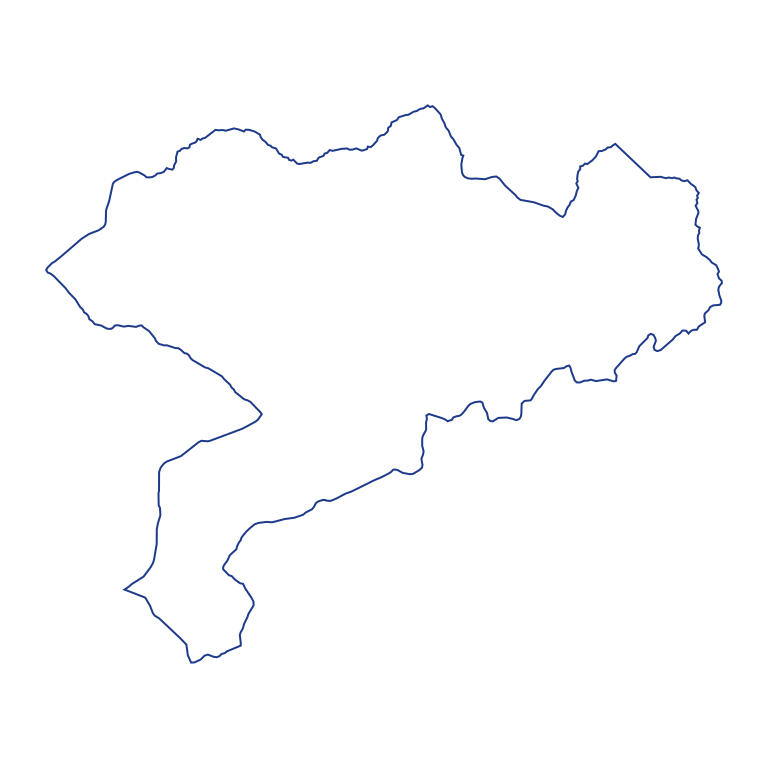 Matungu, Western, Kenya (orthographic projection)
{"feature_id": "3690345B16104785008484", "entity_name": "Matungu", "entity_type": "district", "adm_level": 2, "iso_a3": "KEN", "parent_name": "Kenya", "parent_adm1": "Western", "projection": "orthographic", "projection_center": [34.459, 0.384], "detail": "fine", "context": "isolated", "style": "outline", "palette": "blue", "viewbox_px": 768, "rotation_deg": 0, "n_neighbors": 0, "source": "geoboundaries", "source_scale": "gbopen_adm2", "svg_char_len": 6105}
<svg xmlns="http://www.w3.org/2000/svg" viewBox="0 0 768 768"><path d="M177.5,151.7L176.0,157.5L176.2,161.3L174.0,165.7L173.9,167.8L172.4,169.6L169.8,169.2L166.7,168.1L163.8,171.9L160.3,173.2L157.3,173.5L155.3,175.5L152.1,177.1L148.8,177.4L146.5,177.3L144.6,175.5L139.7,172.7L137.1,171.8L134.1,172.4L129.1,173.9L117.3,179.8L114.4,181.7L112.9,183.7L109.2,200.9L106.4,209.1L106.0,211.1L105.8,221.4L105.2,224.5L103.6,226.9L98.6,230.3L89.2,233.9L81.7,238.7L62.0,255.7L54.7,261.6L52.3,262.9L47.9,267.2L46.1,270.0L47.8,272.6L50.5,273.6L54.1,276.4L65.6,288.2L69.0,292.8L75.2,299.1L80.2,307.1L82.7,309.3L84.1,312.3L86.7,314.0L88.4,316.1L89.3,319.1L92.4,321.3L94.8,324.2L101.0,325.5L106.7,328.5L108.8,328.9L111.5,328.7L113.3,327.4L114.7,325.6L117.7,325.2L123.9,326.6L128.7,325.9L136.0,326.9L139.2,325.7L141.6,325.4L143.5,327.3L149.2,331.2L154.8,338.2L156.1,341.1L158.7,343.8L164.2,345.4L166.9,345.3L175.5,348.1L178.3,348.2L180.8,349.8L184.5,353.2L186.6,353.5L188.9,355.2L190.5,358.1L192.6,360.1L205.0,367.4L208.4,368.3L221.9,376.3L224.0,379.0L230.0,384.6L231.6,387.5L233.9,389.6L235.2,392.1L244.2,399.3L247.4,400.3L250.3,401.8L260.4,412.2L261.8,414.2L258.0,419.6L255.4,421.7L242.4,428.7L210.0,440.8L207.8,441.3L201.4,440.8L198.5,442.3L180.8,456.2L166.9,461.5L164.2,463.3L162.4,465.4L160.6,467.8L159.1,472.0L159.0,490.9L158.5,493.4L158.7,505.4L160.0,508.0L160.4,515.3L158.0,523.0L156.8,529.1L156.7,544.0L154.0,559.9L152.9,563.2L150.6,567.3L143.6,576.6L131.6,584.2L128.8,586.7L124.5,589.6L145.2,597.6L150.0,605.6L152.8,613.0L154.8,615.7L159.2,618.4L179.9,637.9L186.4,644.6L187.8,655.1L191.1,662.6L194.4,662.4L200.6,659.6L204.5,655.7L207.8,654.6L214.0,656.9L216.6,657.2L219.4,656.2L221.4,654.1L224.8,653.1L226.8,651.4L240.7,645.6L240.8,643.1L239.8,635.1L240.7,632.2L242.6,629.1L244.3,623.4L247.3,617.4L248.5,613.8L253.6,605.4L253.5,601.7L251.6,598.0L245.4,588.7L243.1,583.9L240.0,583.2L235.2,579.8L231.7,576.1L228.9,575.2L223.1,569.2L223.2,567.0L224.1,565.1L227.5,560.4L229.8,555.2L236.4,549.2L237.1,546.2L239.1,542.2L240.6,540.4L241.4,537.8L242.9,535.7L246.5,531.4L250.8,527.4L255.0,524.1L258.6,522.9L266.5,521.9L272.2,522.3L284.9,519.0L294.1,517.8L303.0,514.8L305.7,512.5L311.8,509.4L313.7,507.3L316.0,503.0L318.1,501.5L322.6,500.0L324.9,500.0L327.0,500.7L330.6,500.9L336.5,498.5L345.3,493.7L351.5,491.5L374.1,480.3L381.0,477.4L388.9,473.4L391.0,472.0L393.2,469.7L395.9,469.6L398.1,470.3L402.7,472.9L410.0,474.2L412.7,474.0L419.1,470.3L421.9,467.8L422.5,465.1L421.4,458.8L423.1,454.4L423.6,451.2L422.2,445.8L422.2,438.7L423.0,435.5L425.7,430.8L426.2,428.4L426.0,423.0L426.9,418.7L426.4,415.5L428.9,414.0L441.4,417.9L445.2,419.5L447.6,421.2L451.8,419.9L453.4,417.4L456.5,416.3L459.4,415.8L461.2,414.7L463.6,412.2L468.7,405.4L470.6,403.9L474.8,402.2L480.1,401.5L482.3,402.5L484.0,408.0L487.0,412.9L488.3,419.2L490.4,421.0L492.7,421.4L498.3,417.9L506.7,417.5L513.0,419.0L516.1,420.2L519.3,419.0L520.7,417.0L521.3,414.3L521.7,403.5L524.6,400.9L530.5,400.4L531.9,398.7L533.6,395.4L537.8,389.2L541.0,386.0L544.2,381.1L551.6,371.6L553.5,369.8L555.8,369.0L564.0,368.0L566.6,366.2L569.3,365.6L570.7,368.4L571.3,371.2L574.8,380.5L576.8,382.4L579.8,382.5L584.3,380.7L587.9,380.6L590.9,379.7L596.0,381.1L607.0,379.4L613.8,381.4L616.1,380.8L616.6,375.6L614.8,372.7L614.6,370.2L616.1,368.0L624.8,358.2L626.8,356.7L629.7,355.8L632.8,354.1L635.1,353.9L636.7,352.2L639.3,346.2L647.5,338.0L648.3,335.4L650.7,333.9L653.4,334.8L655.3,338.2L655.9,340.9L653.6,346.9L654.6,349.9L657.3,351.1L660.6,350.1L672.6,339.7L675.5,336.1L680.1,333.3L682.5,330.5L686.2,330.7L688.5,333.6L689.8,332.0L691.7,330.5L693.8,329.8L697.0,329.7L698.8,326.4L705.1,322.3L704.3,315.9L704.8,313.6L708.6,310.0L710.1,307.1L713.2,305.4L720.0,304.8L721.2,302.8L721.3,300.6L719.3,295.2L718.3,289.5L719.1,286.5L721.9,283.1L721.6,280.7L719.1,278.5L717.5,274.2L719.0,271.6L717.6,268.1L716.2,265.2L711.7,262.5L709.9,260.1L706.8,257.3L701.9,254.4L698.1,248.3L698.8,246.2L698.8,244.1L697.7,238.5L698.0,235.5L699.3,232.9L699.0,230.5L699.9,227.7L697.7,226.7L695.4,224.7L696.1,218.9L698.5,212.8L698.1,210.7L695.6,205.8L697.4,203.0L696.5,199.8L697.8,198.0L697.1,195.7L698.8,193.0L696.4,190.2L695.3,187.1L690.7,183.7L687.5,180.3L684.0,181.2L681.4,180.3L679.4,178.7L676.5,178.4L674.3,177.5L672.0,178.2L668.9,177.5L665.9,178.2L660.4,176.8L650.5,177.3L615.3,143.9L613.1,145.2L610.8,147.2L607.5,147.6L605.6,149.5L601.7,151.0L598.6,151.2L595.9,156.5L592.5,160.2L587.2,164.1L585.0,163.6L582.8,165.8L580.2,166.4L580.2,169.2L578.3,171.5L577.5,175.1L577.1,178.9L577.7,181.2L576.3,183.5L578.4,187.8L576.8,191.1L575.8,195.4L573.7,200.0L570.7,201.7L569.6,204.9L567.8,207.1L566.1,210.5L565.2,214.2L562.8,217.0L559.8,215.7L556.0,212.7L552.7,209.3L547.8,206.5L543.3,205.6L534.0,202.3L520.5,199.9L517.4,197.5L515.6,195.2L504.9,185.4L499.6,178.7L496.4,176.5L492.2,176.9L485.1,179.2L475.0,178.5L471.9,178.8L467.6,178.3L464.6,176.8L463.1,175.2L462.0,172.5L461.3,164.5L462.4,158.2L463.3,155.6L461.2,154.9L459.2,147.8L456.6,144.9L453.3,139.0L451.0,136.6L448.6,130.6L446.6,128.4L445.3,126.1L444.5,123.4L441.9,118.7L440.6,114.4L435.1,108.3L432.6,106.2L429.9,107.0L427.8,105.4L423.4,108.4L421.0,108.7L419.0,109.5L416.8,111.0L413.6,111.7L408.4,114.8L405.8,115.0L398.9,117.2L396.9,120.0L391.5,122.5L390.8,125.9L388.2,127.9L387.8,131.3L386.0,133.2L384.1,134.8L381.2,135.3L379.1,136.7L377.7,138.4L377.1,140.7L373.0,145.3L370.7,147.1L367.8,146.6L367.2,148.9L364.0,150.2L361.6,150.6L356.3,148.4L352.6,149.6L349.5,149.7L347.2,148.5L341.9,148.8L332.7,150.8L329.6,150.1L327.3,152.8L324.6,153.6L323.6,155.8L318.7,157.6L316.8,160.8L313.6,161.2L310.4,162.9L307.7,162.6L299.6,164.0L297.1,163.6L293.3,159.7L291.3,160.6L289.1,159.9L288.1,157.8L283.0,156.9L281.7,154.7L279.1,153.6L276.0,148.5L271.9,147.2L270.5,145.7L268.0,144.9L265.6,141.9L262.6,139.8L260.8,137.3L260.0,134.7L254.8,131.6L249.0,129.8L245.7,129.7L243.9,131.5L238.8,129.5L234.0,128.4L225.9,130.7L222.4,130.0L218.6,130.3L215.4,129.9L205.2,137.8L202.5,138.5L200.7,139.9L197.6,138.8L196.4,141.6L194.6,142.8L192.1,143.6L190.0,144.7L189.4,147.4L187.3,148.4L184.1,148.0L181.3,149.1L179.9,150.8L177.5,151.7Z" fill="none" stroke="#1e3a8a" stroke-width="2"/></svg>